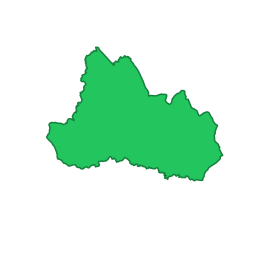 Sussundenga, Manica, Mozambique (orthographic projection), rotated 146°
{"feature_id": "85939544B81104327117882", "entity_name": "Sussundenga", "entity_type": "district", "adm_level": 2, "iso_a3": "MOZ", "parent_name": "Mozambique", "parent_adm1": "Manica", "projection": "orthographic", "projection_center": [33.326, -19.678], "detail": "fine", "context": "isolated", "style": "filled", "palette": "green", "viewbox_px": 256, "rotation_deg": 146, "n_neighbors": 0, "source": "geoboundaries", "source_scale": "gbopen_adm2", "svg_char_len": 5881}
<svg xmlns="http://www.w3.org/2000/svg" viewBox="0 0 256 256"><g transform="rotate(146 128 128)"><path d="M188.4,119.4L187.8,119.2L185.3,119.5L184.8,119.4L184.0,118.7L183.5,117.5L183.0,117.0L182.4,116.8L179.9,117.5L177.5,116.7L176.5,116.7L176.3,116.3L176.2,115.5L176.7,114.4L176.7,114.1L173.8,112.8L172.8,113.1L172.1,113.8L172.2,115.0L172.0,115.8L171.4,116.3L170.9,116.3L167.9,115.1L167.2,114.1L165.6,113.6L164.5,112.9L164.0,113.1L162.2,113.1L161.3,113.7L160.5,113.8L159.9,114.3L158.9,114.2L158.4,113.9L158.1,113.2L158.5,111.6L158.5,111.1L157.8,110.6L157.3,110.6L156.7,110.9L156.3,110.6L155.9,108.7L156.3,107.7L156.4,106.0L156.0,105.9L155.4,106.1L155.0,105.5L154.3,105.3L153.1,105.3L151.1,104.3L149.6,104.5L147.1,105.3L146.4,104.0L145.3,101.2L145.4,100.4L145.0,99.5L145.6,98.8L145.9,97.3L145.3,95.7L144.4,95.5L144.2,95.1L144.4,93.9L142.8,93.3L142.1,93.6L141.5,93.6L140.8,93.0L140.5,92.4L141.4,91.3L141.1,90.5L140.2,90.0L139.9,90.3L139.4,90.4L139.2,90.2L138.9,90.5L138.7,90.5L138.6,89.8L138.2,89.2L137.2,88.6L137.1,87.9L136.8,87.8L136.9,87.5L135.9,86.8L135.3,84.7L135.3,84.1L135.4,83.9L134.3,83.6L133.7,83.3L132.8,83.9L132.4,83.9L132.3,83.7L132.4,83.2L132.1,82.5L131.7,82.5L131.6,82.0L131.1,82.0L131.0,81.6L130.0,80.3L128.4,79.1L127.5,79.2L126.2,78.9L125.8,78.3L125.8,77.3L126.4,75.9L126.1,74.8L126.3,74.4L127.1,74.3L127.0,73.7L125.8,72.4L124.4,72.2L124.1,71.0L123.1,70.6L122.8,70.0L123.0,69.5L123.8,69.3L124.4,68.5L124.0,68.1L123.3,68.2L123.1,67.6L123.1,67.2L124.3,67.1L125.2,66.7L125.5,65.7L125.3,65.4L124.4,65.4L123.8,64.9L123.7,64.4L124.0,63.9L123.9,63.4L123.5,63.4L122.9,64.3L121.6,64.7L120.9,64.7L119.8,64.1L117.8,63.7L116.5,64.1L115.8,63.9L115.2,63.0L115.3,62.1L114.7,61.1L114.2,60.9L113.9,61.3L113.4,61.4L113.1,61.1L112.2,61.0L112.0,60.8L111.9,60.2L112.1,59.6L113.3,58.9L113.1,58.6L111.7,58.1L110.9,56.6L109.3,55.8L108.5,54.9L107.6,55.0L107.0,55.7L106.5,55.7L106.2,55.3L106.0,54.7L105.2,54.3L105.5,51.4L105.4,50.7L105.0,50.0L103.9,50.1L103.5,49.9L102.9,47.9L102.4,47.1L100.7,47.0L100.0,46.8L97.4,44.3L95.7,43.1L95.1,43.2L94.0,44.4L92.2,45.2L91.1,46.6L88.1,48.5L85.4,48.8L83.7,49.7L82.3,50.0L73.7,49.9L71.5,50.5L70.6,50.5L69.2,50.8L68.6,51.1L67.8,52.5L67.4,52.7L65.8,52.5L64.7,52.6L64.7,54.2L64.2,58.4L63.6,60.3L62.7,60.8L62.8,62.6L62.4,63.6L62.4,64.4L63.4,68.6L60.5,73.8L58.9,74.6L57.6,76.5L52.4,80.1L53.5,82.9L53.6,85.6L53.4,86.7L52.7,88.3L52.8,91.8L52.4,94.1L52.4,95.7L53.3,97.0L54.0,97.4L56.7,98.1L61.3,97.9L62.3,98.8L61.3,103.7L62.7,107.3L63.8,108.4L63.7,109.6L63.8,110.4L62.1,118.1L62.7,118.3L63.5,119.2L63.7,120.0L63.6,120.6L62.3,121.5L62.0,124.4L61.3,125.2L60.7,126.4L60.5,127.0L60.7,127.6L62.4,129.0L63.2,129.0L65.0,128.5L66.1,128.4L66.7,128.4L67.2,128.8L68.0,129.0L70.9,128.7L75.1,127.3L77.8,124.6L79.5,124.3L80.4,124.4L80.8,125.0L81.5,127.0L81.8,128.7L81.8,129.8L78.0,132.9L77.6,133.7L77.6,134.3L79.5,135.9L80.5,136.4L81.1,137.3L83.9,138.3L85.0,138.4L86.9,139.0L91.1,142.3L92.9,143.0L91.0,146.3L90.8,148.2L90.9,151.2L90.6,153.6L89.3,158.4L87.6,169.2L87.5,173.3L88.0,177.3L87.6,178.2L88.1,182.2L87.8,182.8L87.0,183.6L87.0,184.2L87.9,185.0L87.9,185.5L87.6,185.9L88.1,187.2L88.6,187.6L89.1,187.3L89.7,187.9L90.1,188.4L90.2,189.6L90.7,189.7L92.2,189.2L93.9,189.5L94.2,189.8L94.1,190.8L94.5,191.1L95.5,190.8L96.4,190.2L97.6,189.9L98.5,188.9L98.5,188.5L98.8,188.3L99.2,188.3L99.3,188.9L100.2,189.2L100.5,189.9L100.8,190.2L101.4,190.2L102.1,189.7L103.2,189.4L103.5,189.9L104.2,190.1L104.7,189.8L104.3,189.0L104.0,187.4L104.7,188.3L105.2,190.3L107.0,203.1L108.0,208.4L107.7,210.2L107.7,211.1L108.3,212.1L109.0,212.4L109.5,212.9L109.8,212.7L110.4,210.5L111.2,209.4L111.7,209.7L112.1,210.5L112.9,211.1L113.6,211.0L113.9,210.6L114.3,210.5L115.0,210.9L115.7,210.7L116.0,211.1L116.3,210.6L117.6,210.7L118.2,210.2L118.8,209.9L119.3,210.2L121.1,210.5L121.6,211.1L122.3,210.8L122.7,210.2L123.6,210.3L124.2,209.7L124.5,209.2L125.3,208.8L125.7,207.7L125.3,207.4L125.3,207.1L126.2,206.5L126.9,205.7L126.6,204.8L127.3,204.1L127.4,203.3L128.2,202.7L128.2,200.3L128.4,200.0L129.9,200.2L130.7,199.4L131.5,199.2L132.1,198.1L131.5,197.4L131.6,197.2L132.7,197.2L133.3,196.8L133.7,196.8L135.9,197.3L136.7,197.3L136.8,196.6L137.2,196.0L138.7,195.6L139.0,195.2L139.5,195.1L139.5,194.4L140.5,193.9L140.3,192.2L139.0,191.7L138.3,190.6L138.1,190.0L138.5,188.9L138.4,187.8L138.9,187.5L140.7,187.3L141.2,186.9L141.9,186.6L141.9,185.8L142.7,185.2L143.1,184.4L143.6,184.0L144.1,184.0L144.8,183.7L145.5,183.8L146.2,183.4L146.8,183.9L147.3,183.8L147.9,183.9L147.8,183.0L149.1,182.2L149.5,181.3L149.4,180.5L150.0,179.5L149.9,178.9L150.0,177.9L150.4,177.6L150.3,177.1L151.0,176.3L151.6,176.2L152.3,175.7L153.5,175.5L154.1,176.1L154.3,176.7L155.6,176.8L156.1,176.0L156.0,175.2L156.1,174.7L156.9,174.7L157.4,174.4L157.6,175.1L158.9,174.6L159.3,174.6L159.6,173.7L160.0,173.2L160.0,172.8L160.8,171.9L160.8,171.6L161.3,171.1L161.4,170.4L161.6,170.4L161.7,170.8L162.0,170.7L162.2,170.0L162.4,169.9L162.5,170.2L163.4,170.7L164.1,170.6L165.3,170.0L166.1,169.8L166.6,169.1L167.4,168.9L167.7,168.6L168.0,167.1L168.5,166.3L168.2,165.2L168.4,164.6L168.8,164.7L169.8,167.0L170.7,167.9L172.1,168.7L172.8,168.7L174.1,168.1L174.6,167.7L175.2,166.6L175.6,166.3L176.3,166.2L176.5,166.8L176.8,166.9L178.2,166.5L179.2,166.8L179.4,166.9L180.3,168.4L181.1,169.4L183.9,171.6L185.0,173.1L186.2,173.6L187.9,175.1L189.3,175.6L190.7,175.5L191.3,175.2L191.7,174.6L192.2,173.3L192.2,172.9L192.8,171.5L194.5,169.9L195.6,168.3L196.5,167.7L198.0,167.4L199.2,166.6L200.3,166.1L200.6,165.6L200.6,164.0L200.1,161.0L199.5,158.5L199.7,155.6L199.4,153.9L200.7,147.9L201.2,147.0L201.3,145.9L202.9,143.6L203.0,142.7L203.6,141.9L202.2,140.1L201.2,138.4L201.1,137.7L201.1,135.1L199.7,133.4L199.0,131.9L198.9,131.1L198.6,130.2L198.1,129.3L196.4,128.9L195.9,128.5L194.5,128.3L192.3,127.1L192.0,126.0L192.4,125.1L192.3,124.5L191.5,123.2L190.2,122.2L189.6,120.2L188.7,120.1L188.4,119.4Z" fill="#22c55e" stroke="#15803d" stroke-width="1.5"/></g></svg>